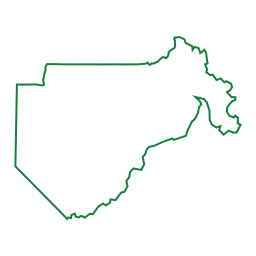 the district of Boise, Idaho, United States of America
{"feature_id": "52423323B9303056648092", "entity_name": "Boise", "entity_type": "district", "adm_level": 2, "iso_a3": "USA", "parent_name": "United States of America", "parent_adm1": "Idaho", "projection": "mercator", "projection_center": [-115.514, 43.968], "detail": "fine", "context": "isolated", "style": "outline", "palette": "green", "viewbox_px": 256, "rotation_deg": 0, "n_neighbors": 0, "source": "geoboundaries", "source_scale": "gbopen_adm2", "svg_char_len": 1909}
<svg xmlns="http://www.w3.org/2000/svg" viewBox="0 0 256 256"><path d="M184.6,39.5L183.3,38.8L180.5,37.4L177.8,37.1L176.0,37.7L174.7,37.5L174.3,39.1L175.0,40.5L174.9,42.6L175.2,45.4L174.7,47.7L172.6,49.1L170.5,50.4L168.6,52.1L168.6,53.8L167.6,56.7L166.8,57.2L166.2,57.7L166.2,58.1L165.3,58.1L164.6,57.4L162.6,57.1L160.9,58.5L159.1,60.2L157.8,61.7L155.2,62.8L153.7,63.6L151.7,63.5L149.9,64.8L149.1,64.7L148.6,63.6L147.5,62.6L146.2,63.6L138.2,64.3L127.9,64.4L123.6,64.4L116.8,64.3L104.9,64.4L94.8,64.4L87.4,64.3L80.9,64.3L74.2,64.4L65.7,64.3L61.2,64.3L54.7,64.1L47.0,64.1L46.0,65.5L45.5,67.2L45.4,68.5L45.5,70.1L45.2,70.9L45.0,72.1L44.3,73.6L44.1,75.2L43.8,76.9L43.6,78.4L43.1,79.7L43.2,80.9L43.7,82.4L43.7,83.7L44.1,84.4L43.2,85.3L41.0,85.3L37.0,84.5L30.6,84.5L27.0,84.5L16.9,84.5L15.4,166.4L18.6,169.6L57.1,208.6L67.1,218.9L67.8,217.6L71.1,218.0L71.3,215.1L74.8,213.6L75.7,216.6L78.7,217.4L81.3,215.8L84.9,217.6L89.9,213.7L92.7,214.3L98.5,206.4L103.1,203.6L105.8,205.4L109.9,202.8L110.6,199.4L115.5,200.1L121.2,192.5L124.4,191.8L127.5,186.4L126.4,181.0L129.4,176.8L129.9,172.2L133.5,168.5L141.2,169.9L144.2,164.3L142.7,156.9L145.0,154.5L147.1,148.8L149.3,146.8L154.3,145.8L162.2,142.1L172.3,138.5L174.1,139.8L185.9,135.8L187.8,129.9L191.9,121.6L194.9,119.0L198.0,112.8L199.1,107.2L201.3,104.2L199.5,100.7L195.5,97.0L203.9,99.0L206.9,102.5L209.5,110.8L209.7,119.9L211.7,124.4L216.3,127.5L220.4,126.2L219.2,130.0L223.5,134.7L228.5,130.7L233.0,132.5L236.6,132.5L240.6,124.8L237.6,123.2L238.0,117.9L235.3,115.7L233.8,117.4L229.5,115.9L226.8,111.6L227.6,106.6L231.7,101.5L235.1,100.1L235.4,97.2L231.5,97.1L227.0,92.0L230.2,90.2L232.1,86.9L230.9,83.5L226.3,81.2L224.5,82.4L220.8,78.5L216.5,80.0L212.7,74.7L210.4,75.2L206.3,72.2L207.2,69.6L205.1,64.4L207.5,63.4L206.1,53.0L204.4,49.8L200.3,53.1L198.6,48.0L194.6,47.0L192.6,49.7L192.3,46.3L185.7,43.0L184.6,39.5Z" fill="none" stroke="#15803d" stroke-width="2"/></svg>